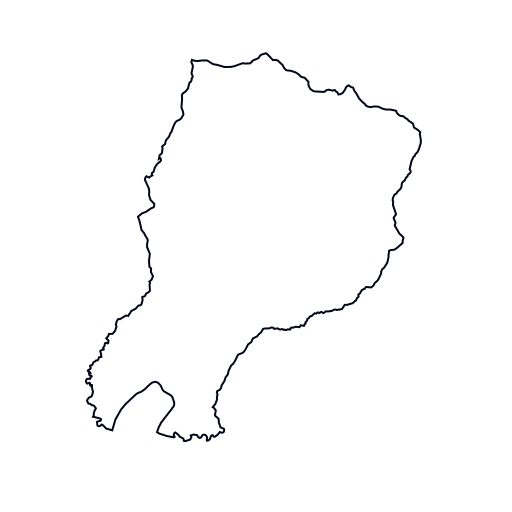 Chaguaní, Cundinamarca, Colombia (Mercator projection), rotated 282°
{"feature_id": "7082276B58224372670541", "entity_name": "Chaguaní", "entity_type": "district", "adm_level": 2, "iso_a3": "COL", "parent_name": "Colombia", "parent_adm1": "Cundinamarca", "projection": "mercator", "projection_center": [-74.667, 4.95], "detail": "fine", "context": "isolated", "style": "outline", "palette": "ink", "viewbox_px": 512, "rotation_deg": 282, "n_neighbors": 0, "source": "geoboundaries", "source_scale": "gbopen_adm2", "svg_char_len": 6055}
<svg xmlns="http://www.w3.org/2000/svg" viewBox="0 0 512 512"><g transform="rotate(282 256 256)"><path d="M400.9,393.7L403.4,393.2L408.2,391.4L409.1,390.8L411.3,390.9L412.9,388.3L414.6,383.8L417.9,382.2L418.5,381.2L420.1,377.1L421.3,375.7L422.0,373.4L423.3,371.2L423.1,368.3L423.6,366.4L425.3,364.0L426.9,363.1L427.2,362.3L427.2,357.4L426.3,352.7L426.4,349.2L427.4,345.2L427.4,343.8L426.9,340.6L425.4,337.1L425.4,334.3L426.2,331.8L427.0,331.5L428.8,328.0L431.4,324.2L436.1,320.1L438.1,317.8L440.4,316.3L441.0,315.5L441.0,313.9L442.2,311.2L441.3,310.0L439.8,309.0L436.9,308.4L433.4,306.8L431.6,304.6L431.2,302.9L433.0,301.7L433.4,300.2L434.5,299.0L434.7,298.3L433.7,296.6L433.8,292.5L432.9,290.4L430.9,288.9L430.6,288.2L429.2,279.2L429.3,277.6L430.8,274.2L433.5,272.1L435.3,271.4L437.3,271.1L440.4,266.6L440.7,262.7L442.6,259.9L443.8,256.6L444.4,251.5L444.0,247.6L444.2,246.6L446.0,244.1L448.1,242.6L451.6,236.9L452.0,235.2L451.2,231.8L455.5,225.5L456.4,223.6L454.0,219.3L452.9,218.4L450.0,217.2L446.7,212.5L443.2,210.2L442.1,205.9L441.7,202.6L437.1,195.3L435.7,191.9L434.3,185.9L434.9,177.9L434.7,175.3L435.0,173.2L437.0,167.9L437.0,166.8L435.9,162.1L434.5,158.2L434.2,155.1L434.5,152.5L432.0,152.5L429.6,154.4L427.8,154.9L421.5,154.9L418.3,156.8L417.7,156.8L415.9,156.1L415.2,156.4L413.4,156.2L412.7,155.9L411.8,154.9L405.6,154.6L402.1,152.8L399.7,150.5L397.6,150.1L394.6,151.0L385.7,152.2L382.0,154.6L379.2,155.6L374.9,154.2L372.9,152.4L371.6,150.4L369.8,149.3L366.5,148.4L360.1,147.5L358.2,146.7L354.6,146.1L350.3,143.8L346.7,143.8L343.7,141.4L341.8,142.2L337.6,142.6L336.5,142.3L334.6,140.8L331.0,140.8L331.8,141.5L331.8,142.3L330.0,143.1L328.6,142.8L326.1,140.6L324.4,139.7L321.3,138.6L316.9,138.3L316.1,137.2L314.7,136.9L313.3,137.9L312.1,136.4L310.5,135.3L311.2,132.3L310.0,131.6L308.5,131.4L307.4,131.5L299.7,137.2L296.8,138.2L293.3,138.7L289.0,141.1L285.8,145.7L283.5,146.0L282.4,145.7L280.8,143.5L276.1,138.9L273.9,135.5L269.9,132.4L265.6,135.0L257.7,138.6L255.1,141.8L252.0,144.3L250.5,145.9L248.9,146.9L244.5,147.0L241.9,147.7L236.1,151.7L228.7,152.4L223.3,154.0L222.0,156.0L218.6,156.5L214.7,159.5L210.9,158.7L208.8,157.0L207.5,158.0L205.9,157.8L200.0,159.5L198.3,158.6L196.4,156.3L193.7,155.7L192.2,153.3L189.4,154.2L185.6,154.1L183.8,153.4L183.1,151.3L179.5,149.3L176.0,145.2L174.3,144.9L172.8,144.1L170.9,143.6L170.7,141.1L165.9,136.0L165.9,134.8L165.4,134.1L162.6,133.2L161.4,133.4L160.2,133.0L158.0,134.2L153.3,133.7L150.0,131.8L149.2,128.4L147.0,128.1L144.3,126.6L142.7,129.3L140.1,129.5L139.7,129.2L140.1,127.9L139.2,126.4L136.5,126.5L134.3,125.5L133.4,126.4L132.9,126.5L131.7,124.3L130.5,123.4L128.6,124.5L125.2,125.7L124.3,123.5L122.2,123.3L121.0,122.8L120.5,121.2L119.3,120.4L118.3,119.1L115.4,118.5L114.3,116.6L113.6,116.6L112.3,117.6L111.4,117.6L109.0,115.3L108.4,115.7L108.3,117.0L107.1,118.3L106.5,117.1L104.9,117.8L104.6,119.9L104.1,120.3L102.8,119.1L101.8,119.5L101.4,119.3L100.6,116.2L99.1,115.6L98.2,115.6L96.2,117.0L96.2,117.7L97.4,119.6L96.9,120.1L95.0,120.6L94.9,121.2L95.7,121.9L95.7,122.3L94.9,122.7L93.8,122.5L89.3,124.8L85.4,124.6L84.0,123.9L83.0,122.3L80.6,120.9L79.1,120.9L76.8,122.8L76.9,124.4L76.0,126.4L75.9,128.7L73.9,130.9L73.3,131.1L71.9,130.4L68.5,130.0L66.1,130.5L64.9,130.0L64.7,136.8L64.2,138.3L63.4,138.4L62.3,137.9L61.5,135.9L60.7,135.0L58.2,135.7L57.0,136.5L56.8,137.4L57.1,138.4L57.8,139.3L58.9,139.8L59.1,140.3L58.3,142.1L56.1,145.2L55.6,151.6L66.9,152.5L77.7,155.9L84.0,159.2L95.6,167.2L97.5,169.1L99.4,172.0L102.4,174.8L108.3,178.8L110.4,180.6L111.6,182.5L112.0,184.2L111.6,186.7L109.3,189.8L105.8,192.4L104.5,194.1L102.0,201.7L100.8,203.4L96.0,206.3L94.3,206.8L92.2,206.8L89.2,205.5L73.2,197.8L67.8,196.4L63.1,195.8L62.2,198.3L61.4,206.1L61.5,213.1L62.2,214.0L63.8,212.7L64.4,212.7L66.1,213.1L66.6,213.8L65.3,216.7L63.3,219.2L62.5,222.4L61.6,223.4L60.2,223.9L60.2,225.3L62.8,229.8L65.2,230.5L66.9,229.5L68.4,232.1L68.5,235.6L66.8,237.2L66.3,238.9L67.3,240.1L69.7,240.9L70.2,241.5L70.5,243.5L69.9,244.6L68.4,245.9L65.6,246.1L65.2,246.4L65.4,247.3L67.0,248.9L70.4,249.4L71.6,250.2L71.7,251.0L70.5,252.1L70.7,253.4L73.3,255.7L76.4,257.2L76.0,258.8L76.2,259.9L76.9,260.8L78.1,261.2L79.9,260.9L80.4,260.3L81.0,256.9L85.8,254.1L87.6,253.8L89.2,253.0L91.2,249.3L92.4,248.8L95.9,248.9L96.9,248.5L98.8,246.2L99.2,245.1L102.8,247.0L107.4,247.7L110.4,247.0L112.4,247.2L114.3,246.1L115.7,246.1L117.5,248.3L119.4,249.2L122.4,249.3L127.2,251.1L131.1,251.5L134.3,253.1L137.6,253.0L143.6,254.4L145.9,256.1L149.3,257.4L155.1,258.7L156.2,259.6L158.4,263.0L159.9,264.1L162.5,265.2L167.8,266.6L170.9,269.3L174.7,270.1L177.6,273.8L179.9,274.9L182.3,276.8L186.2,278.1L187.0,279.9L188.0,284.1L189.4,286.1L189.4,287.7L188.5,289.0L189.7,292.1L189.0,294.8L190.0,296.7L189.5,298.7L190.0,299.6L189.7,300.7L191.0,302.5L191.0,304.5L191.7,304.9L192.6,304.8L193.3,305.5L193.8,307.5L195.1,309.7L195.4,313.3L197.6,314.3L197.6,317.4L199.5,317.8L200.2,318.5L201.4,318.2L203.5,319.4L205.1,319.3L205.9,320.4L208.2,321.5L208.9,322.9L212.2,325.3L212.2,326.9L213.5,327.9L213.7,328.7L213.3,329.6L214.9,331.4L214.2,333.9L216.4,335.9L217.0,339.0L217.6,339.9L217.7,341.2L219.7,343.4L220.2,345.2L220.0,346.0L220.3,347.3L220.9,348.0L220.9,348.8L222.0,351.1L226.6,352.9L227.4,356.0L228.5,357.5L229.4,359.6L231.3,361.5L232.6,362.1L233.3,363.1L235.4,363.4L237.6,364.8L239.5,364.1L241.4,365.7L242.9,365.9L244.8,366.8L246.5,369.0L248.6,370.1L249.2,375.2L251.4,377.0L254.3,377.8L256.9,379.8L259.1,380.7L264.9,382.0L266.8,381.7L269.4,382.3L271.1,383.7L276.8,385.8L282.7,385.9L284.0,385.5L288.9,385.1L289.8,386.6L290.9,389.9L292.3,391.5L299.2,396.7L301.4,396.3L304.5,396.5L306.0,394.7L307.6,391.7L314.7,385.3L316.5,385.6L317.9,385.4L321.5,382.8L322.5,382.8L325.7,384.3L326.3,384.1L334.3,379.4L337.9,378.8L339.1,378.0L341.4,377.9L344.6,378.6L346.5,380.5L348.1,380.9L351.6,383.3L353.4,383.9L357.5,383.6L358.4,383.9L361.3,385.9L363.7,386.4L365.1,387.5L367.0,387.8L369.2,389.5L370.5,389.8L371.6,389.4L372.8,388.2L381.3,388.4L385.8,389.5L387.2,390.6L388.7,390.7L391.0,392.3L394.4,393.1L400.9,393.7Z" fill="none" stroke="#020617" stroke-width="2"/></g></svg>